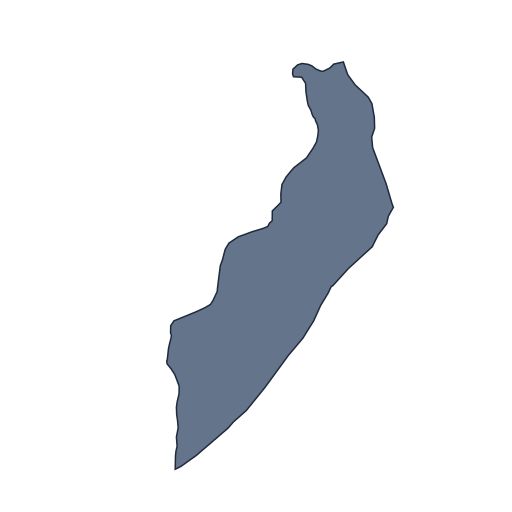 Bassa, Kogi, Nigeria, rotated 150°
{"feature_id": "59680162B66680936539808", "entity_name": "Bassa", "entity_type": "district", "adm_level": 2, "iso_a3": "NGA", "parent_name": "Nigeria", "parent_adm1": "Kogi", "projection": "albers", "projection_center": [7.028, 7.745], "detail": "fine", "context": "isolated", "style": "filled", "palette": "slate", "viewbox_px": 512, "rotation_deg": 150, "n_neighbors": 0, "source": "geoboundaries", "source_scale": "gbopen_adm2", "svg_char_len": 1576}
<svg xmlns="http://www.w3.org/2000/svg" viewBox="0 0 512 512"><g transform="rotate(150 256 256)"><path d="M432.6,111.7L426.3,111.3L413.1,112.6L407.7,113.1L366.3,120.9L358.5,123.6L341.8,127.0L314.4,137.5L277.5,153.8L256.2,161.5L254.6,162.4L248.5,165.7L238.6,170.9L224.8,180.8L212.1,187.8L206.0,192.0L204.6,191.8L182.4,198.9L166.7,202.4L150.6,205.9L148.2,207.6L139.5,213.3L126.7,218.6L121.6,224.2L121.5,224.3L112.7,229.5L112.0,233.6L107.2,253.4L100.8,291.5L96.4,301.1L89.4,307.3L84.2,316.9L79.4,330.1L79.4,337.5L84.6,354.7L85.9,367.0L85.4,369.9L83.3,380.4L92.7,383.3L98.2,381.9L105.5,382.4L107.5,383.8L110.7,388.1L112.5,392.7L115.0,395.9L120.0,399.8L124.5,400.7L130.6,399.3L133.3,395.4L133.9,392.5L127.1,388.0L126.7,380.8L130.6,373.3L133.8,365.3L135.4,360.5L135.6,354.5L136.6,350.4L136.8,347.4L136.1,345.8L136.8,343.3L137.1,340.6L137.2,339.0L139.1,333.7L142.2,329.4L146.5,324.6L152.6,320.9L163.3,315.7L178.7,313.6L183.0,312.2L190.4,309.4L197.8,304.9L203.4,297.4L207.5,290.0L213.3,288.4L219.3,286.9L224.4,278.4L227.8,277.8L231.1,275.7L236.3,276.4L246.9,278.9L261.8,281.5L273.0,280.7L279.3,277.2L283.5,273.0L286.7,269.7L291.8,265.4L305.4,247.5L307.2,244.8L307.7,244.4L315.6,238.9L319.7,236.8L326.6,236.8L336.2,237.7L359.4,240.9L364.7,238.3L368.4,232.2L369.1,229.2L371.4,226.6L374.3,223.7L377.9,219.8L384.5,210.8L385.8,209.7L386.9,207.2L386.8,206.2L386.0,201.0L385.6,194.0L387.6,181.8L391.5,175.2L397.3,169.0L400.5,164.9L403.9,158.5L406.2,152.8L409.3,146.1L415.4,139.1L419.5,130.6L422.7,127.2L425.6,123.3L432.6,111.7Z" fill="#64748b" stroke="#1e293b" stroke-width="1.5"/></g></svg>